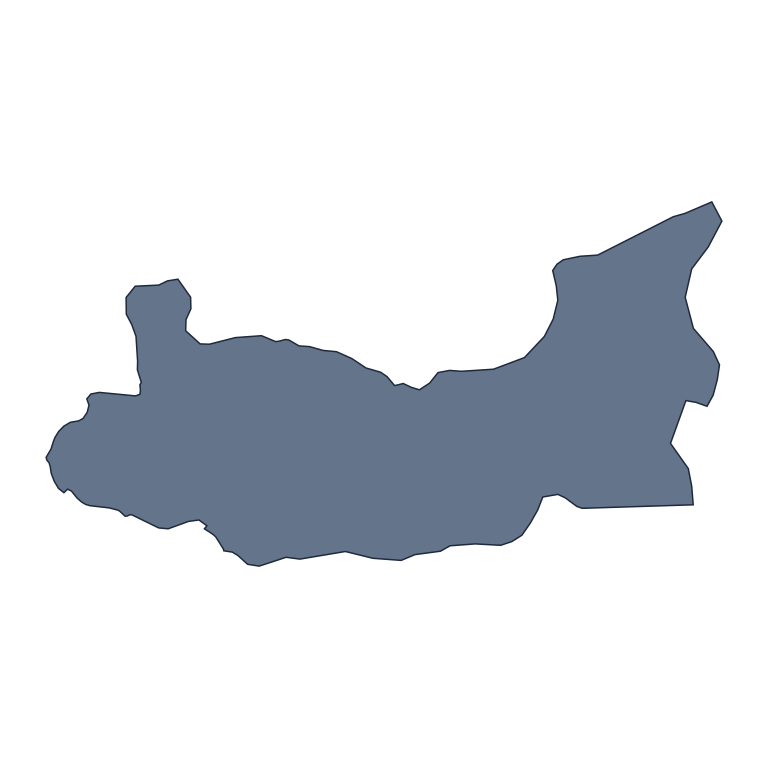 an SVG outline of Elazig
{"feature_id": "TUR-2282", "entity_name": "Elazig", "entity_type": "Province", "adm_level": 1, "iso_a3": "TUR", "parent_name": "Turkey", "parent_adm1": "", "projection": "robinson", "projection_center": [39.185, 38.778], "detail": "fine", "context": "isolated", "style": "filled", "palette": "slate", "viewbox_px": 768, "rotation_deg": 0, "n_neighbors": 0, "source": "natural_earth", "source_scale": "10m", "svg_char_len": 1809}
<svg xmlns="http://www.w3.org/2000/svg" viewBox="0 0 768 768"><path d="M461.3,371.3L493.5,369.2L524.4,357.6L544.4,336.4L553.2,319.1L557.8,300.3L556.3,286.0L552.7,270.5L557.0,264.2L563.2,259.8L579.9,256.3L597.6,255.1L673.3,216.7L684.7,213.5L711.8,201.9L721.9,221.1L708.2,247.0L691.7,268.9L685.2,297.3L693.4,328.4L713.3,351.5L719.5,364.9L717.3,379.7L713.1,395.3L707.0,406.3L696.1,402.4L685.9,400.6L670.5,443.4L688.3,468.6L691.7,486.2L693.2,504.8L582.2,508.3L576.8,506.4L565.2,497.8L557.9,494.4L542.8,497.0L537.7,510.0L530.3,523.1L521.9,535.2L511.8,541.6L500.6,545.3L475.1,543.9L450.0,545.8L440.5,551.2L415.0,554.6L401.2,560.4L372.9,558.3L345.4,551.5L299.9,559.1L286.1,557.3L259.2,566.1L247.6,564.3L237.9,555.5L232.3,552.1L223.8,550.8L223.3,548.8L215.7,536.8L213.0,534.4L204.4,528.8L206.9,525.8L199.0,520.0L188.5,521.4L168.2,528.8L158.6,527.9L131.8,514.8L129.4,514.9L127.4,516.0L125.1,516.2L119.7,511.2L118.1,510.2L109.2,507.9L90.0,505.7L85.6,504.4L81.6,502.0L77.2,498.2L71.4,491.0L67.6,489.2L63.9,492.7L58.5,488.4L54.2,481.2L51.2,473.2L50.2,466.5L49.0,462.7L46.9,460.2L46.1,457.4L51.0,449.1L53.3,441.7L55.0,437.4L58.8,431.3L63.9,426.1L70.4,422.3L78.6,420.9L83.1,418.4L87.2,412.3L89.0,405.1L86.8,398.9L90.9,394.0L99.3,392.4L135.6,395.9L139.9,394.3L140.4,390.2L139.9,384.8L141.3,382.4L137.4,369.9L137.6,361.1L136.0,336.3L131.8,324.7L126.3,314.2L126.1,297.5L135.2,286.2L158.7,285.1L167.4,280.9L177.9,279.2L190.6,297.2L190.9,308.8L186.0,319.6L185.7,330.8L200.1,343.9L209.4,344.2L235.4,337.6L261.5,335.7L275.6,341.6L278.9,341.2L285.4,339.5L288.7,339.9L299.0,345.9L309.5,346.6L322.9,350.4L336.5,351.7L351.7,358.5L366.0,368.0L380.6,372.2L387.1,376.7L394.5,385.5L397.4,385.0L403.2,383.5L411.2,387.3L419.4,389.8L429.6,383.1L438.0,372.6L449.6,370.4L461.3,371.3Z" fill="#64748b" stroke="#1e293b" stroke-width="1.5"/></svg>